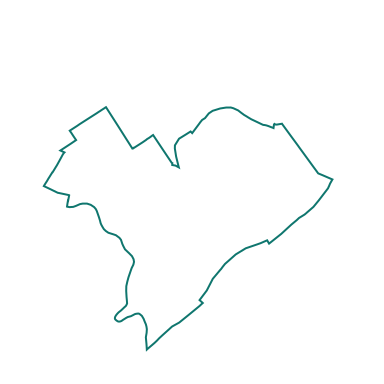 Oltenita, Calarasi, Romania, rotated 331°
{"feature_id": "2599482B1187163066673", "entity_name": "Oltenita", "entity_type": "district", "adm_level": 2, "iso_a3": "ROU", "parent_name": "Romania", "parent_adm1": "Calarasi", "projection": "orthographic", "projection_center": [26.67, 44.114], "detail": "fine", "context": "isolated", "style": "outline", "palette": "teal", "viewbox_px": 384, "rotation_deg": 331, "n_neighbors": 0, "source": "geoboundaries", "source_scale": "gbopen_adm2", "svg_char_len": 3090}
<svg xmlns="http://www.w3.org/2000/svg" viewBox="0 0 384 384"><g transform="rotate(331 192 192)"><path d="M76.1,307.9L76.9,307.7L86.2,305.8L89.3,305.0L92.4,304.0L96.5,303.0L109.4,300.0L117.5,300.0L129.4,297.9L143.6,295.3L144.3,295.1L147.1,294.4L147.6,294.3L146.2,290.2L157.2,285.3L168.1,278.0L179.0,273.8L179.6,273.6L179.8,273.6L182.6,272.3L186.0,270.9L200.0,267.8L211.7,267.3L223.5,269.4L224.1,269.5L227.1,270.0L234.3,270.7L234.4,274.5L249.8,271.9L263.0,268.7L268.8,267.6L269.4,267.5L270.3,267.3L273.0,266.6L279.6,266.3L291.0,263.9L298.8,260.8L312.8,254.7L313.8,253.9L314.3,253.6L316.8,251.6L320.9,249.1L320.2,248.2L314.5,240.8L311.4,236.9L310.9,233.0L310.4,229.1L307.4,204.9L307.2,203.0L305.7,191.4L303.8,176.3L303.8,175.9L299.8,174.5L299.2,174.3L298.4,173.9L297.9,173.6L297.7,173.4L297.3,172.9L297.2,172.5L296.5,172.6L294.3,175.6L293.5,174.6L292.7,173.7L290.9,171.5L289.9,170.4L289.0,169.5L287.8,168.5L287.3,168.2L286.6,167.6L280.9,159.6L279.1,157.1L276.9,153.3L276.6,152.7L275.5,150.8L274.9,149.8L274.1,148.0L273.7,147.2L271.9,143.0L268.8,138.8L266.9,136.9L262.6,134.6L257.1,132.6L249.4,131.0L244.8,131.4L239.2,133.7L235.8,133.9L232.8,135.1L231.6,135.7L220.7,140.6L220.1,138.4L215.0,138.7L206.5,139.1L199.7,142.9L198.1,145.6L195.3,153.3L192.7,162.9L192.4,164.1L191.0,161.9L190.5,161.0L187.8,158.8L188.8,157.2L188.6,157.0L188.4,156.7L187.6,147.3L185.6,123.3L184.3,123.4L182.2,123.7L181.2,123.8L180.1,123.9L179.2,123.9L178.6,123.9L177.0,124.2L172.9,124.6L161.9,125.3L161.9,125.0L160.9,125.0L160.5,118.1L160.2,113.4L160.0,109.9L159.3,98.0L158.9,91.8L157.9,76.1L157.6,76.1L155.3,76.3L153.6,76.4L151.9,76.5L151.6,76.6L149.3,76.7L147.1,76.9L139.0,77.4L134.3,77.7L126.5,78.2L123.6,78.5L114.8,79.1L115.1,81.8L115.3,84.6L115.4,86.0L115.8,90.4L109.3,91.0L97.0,91.9L99.6,95.5L99.2,95.6L98.4,96.0L97.9,96.2L96.8,96.8L94.5,98.3L91.5,100.2L87.2,102.9L86.7,103.2L84.9,104.2L79.8,107.1L79.3,107.3L79.2,107.2L73.8,110.2L73.0,110.6L70.7,112.0L68.1,113.4L67.0,114.0L66.1,114.5L65.3,115.0L69.3,120.6L74.2,127.6L74.6,127.9L76.1,129.2L82.9,135.1L83.0,135.3L79.5,139.5L79.4,139.3L77.5,141.7L75.6,144.2L75.9,144.5L76.4,144.9L76.9,145.3L77.1,145.5L77.6,145.9L79.6,146.8L80.8,147.4L81.3,147.5L83.1,147.8L83.8,147.9L88.2,148.3L90.9,149.2L94.6,151.3L97.2,154.1L99.1,157.8L99.6,160.3L99.5,162.5L98.4,168.9L97.7,172.3L97.0,174.9L96.8,176.7L96.8,179.3L96.9,181.7L97.7,184.3L99.1,187.1L102.7,190.9L104.5,192.9L106.3,196.9L106.7,199.4L105.9,203.6L105.7,206.1L105.6,209.7L107.3,215.0L108.4,219.0L108.3,222.5L107.4,225.0L105.5,227.1L102.2,229.4L95.1,235.8L92.0,239.0L88.9,242.5L86.5,246.6L83.9,252.0L82.5,255.2L81.2,258.0L80.2,258.8L78.9,259.6L76.7,260.1L74.9,260.6L72.5,261.2L69.4,261.7L67.5,262.3L65.6,263.1L64.2,264.0L63.4,264.9L63.1,265.7L63.2,266.5L63.7,267.9L64.5,269.3L65.2,269.9L66.1,270.3L66.9,270.5L67.9,270.6L69.4,270.4L71.3,270.3L73.2,270.2L75.1,270.2L78.3,271.0L81.1,271.1L82.7,271.1L84.0,271.4L86.0,272.2L86.7,272.8L87.2,273.7L88.1,276.0L88.2,279.5L87.8,282.3L87.5,285.4L86.9,287.7L86.0,290.1L84.0,293.2L81.2,296.7L78.7,302.4L77.3,305.4L76.1,307.9Z" fill="none" stroke="#0f766e" stroke-width="2"/></g></svg>